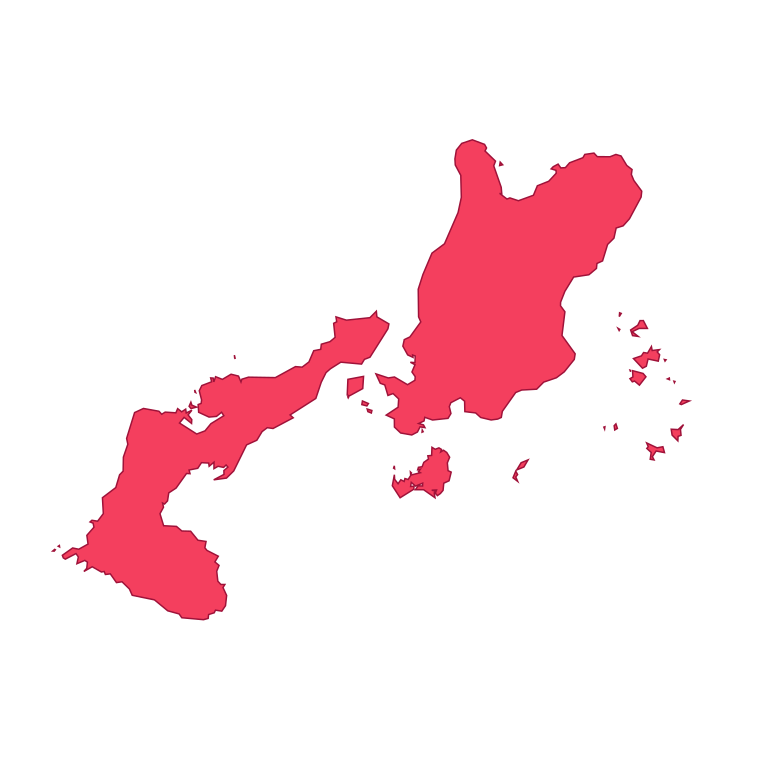 outline of Esa'ala District, Milne Bay, Papua New Guinea, rotated 98°
{"feature_id": "67681753B65258827036221", "entity_name": "Esa'ala District", "entity_type": "district", "adm_level": 2, "iso_a3": "PNG", "parent_name": "Papua New Guinea", "parent_adm1": "Milne Bay", "projection": "mercator", "projection_center": [150.879, -9.618], "detail": "fine", "context": "isolated", "style": "filled", "palette": "rose", "viewbox_px": 768, "rotation_deg": 98, "n_neighbors": 0, "source": "geoboundaries", "source_scale": "gbopen_adm2", "svg_char_len": 6181}
<svg xmlns="http://www.w3.org/2000/svg" viewBox="0 0 768 768"><g transform="rotate(98 384 384)"><path d="M163.1,155.4L157.2,155.6L147.7,164.9L142.1,168.2L137.1,168.2L133.8,174.0L125.2,181.0L124.4,186.3L127.5,191.8L129.2,204.4L126.1,208.2L128.7,217.1L132.2,218.5L139.1,231.0L144.5,234.5L145.4,239.0L142.0,242.2L145.3,246.7L147.7,248.4L148.5,243.4L151.3,242.8L160.3,249.1L166.3,259.7L176.3,262.3L183.8,276.4L182.2,285.2L183.7,288.0L179.1,296.1L179.4,293.8L172.9,295.3L152.7,305.7L147.8,304.6L139.2,316.4L136.0,315.3L132.7,317.8L129.9,330.5L134.9,340.5L142.3,344.9L151.2,345.1L157.2,343.9L166.7,337.0L188.4,333.4L203.9,334.5L236.7,343.6L247.7,354.7L270.2,360.7L285.4,363.3L312.7,359.1L317.4,356.2L333.8,364.9L337.2,370.1L343.9,370.6L351.9,364.6L353.6,359.0L351.3,359.7L351.9,357.0L358.5,356.3L358.8,360.9L360.6,356.0L368.2,358.0L372.4,354.1L376.0,353.9L381.4,360.6L375.6,374.6L377.4,380.6L375.1,393.4L383.8,387.8L384.8,383.1L394.8,378.5L392.2,373.7L396.7,367.4L405.0,366.8L414.5,377.5L417.1,368.9L425.2,367.7L430.2,360.7L430.6,349.4L426.9,344.2L421.4,342.3L421.5,337.4L419.0,339.2L418.3,344.2L415.0,339.2L411.3,339.0L412.9,330.9L409.1,315.8L403.9,313.6L397.3,316.2L393.2,315.2L387.0,306.5L389.8,301.8L400.1,300.1L399.9,289.2L403.7,283.6L404.7,272.9L402.9,266.5L400.8,263.2L394.6,263.0L374.1,252.4L370.8,246.8L367.9,232.1L359.9,226.1L353.8,214.1L346.9,207.2L333.2,199.0L327.5,198.9L311.2,214.5L287.3,214.9L282.0,220.1L278.4,220.5L267.1,217.8L251.7,211.1L247.3,196.3L240.0,189.7L235.0,189.9L231.7,184.7L214.7,182.0L207.6,176.6L197.2,175.8L194.1,169.2L186.2,163.9L163.1,155.4ZM323.8,387.5L318.5,400.4L313.0,401.7L320.3,407.2L326.0,430.1L324.2,440.9L329.0,439.5L330.9,442.3L344.6,438.9L349.6,443.4L353.3,451.6L358.5,451.5L360.8,458.2L372.6,461.4L378.7,467.4L379.1,474.1L392.8,492.5L396.1,519.2L399.0,525.4L401.9,525.9L396.4,529.2L395.6,536.8L401.9,544.7L400.2,551.8L405.6,552.8L401.9,554.0L402.1,556.5L405.8,555.0L410.9,564.2L416.4,566.0L425.2,562.4L428.7,562.4L430.2,565.2L437.8,563.6L441.1,552.7L439.4,545.4L434.6,540.9L437.7,538.2L447.4,549.9L455.3,554.7L459.6,562.5L451.1,581.1L444.9,577.3L449.8,569.1L446.0,569.4L441.9,573.7L436.7,570.6L440.2,575.8L436.5,576.9L439.7,580.5L437.1,584.9L441.5,586.1L442.3,596.8L444.9,599.9L442.3,603.1L441.7,618.8L447.0,627.0L473.7,631.3L479.3,629.3L492.7,631.9L506.6,630.2L510.7,633.2L523.9,635.2L535.8,647.0L551.4,643.9L559.7,648.5L559.6,654.3L561.5,655.9L562.3,652.7L566.2,651.3L575.2,657.2L583.7,654.8L590.1,663.3L589.7,669.5L598.4,678.7L600.8,677.4L601.8,675.2L594.8,665.4L597.8,662.6L604.7,663.1L600.3,655.7L601.7,652.9L607.9,652.7L611.4,655.1L605.6,647.5L609.5,637.7L608.6,635.0L611.4,633.4L610.1,628.6L617.9,621.3L616.3,615.9L622.4,607.6L628.3,603.9L629.7,581.3L638.7,566.6L640.2,554.9L643.6,551.7L642.5,529.9L640.6,525.5L636.7,525.6L634.2,520.3L631.4,519.4L631.5,513.0L625.6,510.1L615.3,510.4L608.0,515.1L604.7,513.7L605.2,517.7L602.4,521.1L592.7,523.6L586.6,522.1L583.7,526.7L577.6,524.1L573.4,536.2L571.1,538.6L564.7,538.3L564.6,546.5L556.7,555.0L557.7,563.7L553.9,569.7L555.0,582.5L543.6,587.8L536.7,585.2L532.7,586.7L533.4,584.6L529.9,582.1L521.8,582.0L516.0,575.4L500.1,567.1L499.8,563.6L496.3,565.1L493.4,556.7L487.3,553.8L486.7,546.6L489.8,545.7L485.1,541.5L491.5,540.6L488.6,536.9L488.9,531.2L486.2,529.1L488.0,527.0L492.0,530.5L495.8,529.9L502.6,539.3L499.1,526.9L491.0,520.7L463.4,511.6L457.4,502.1L448.1,498.1L443.5,493.5L443.5,487.7L430.1,469.2L427.7,472.7L407.8,449.5L391.0,446.4L380.8,443.0L376.3,439.1L368.4,429.8L367.4,409.0L362.3,406.8L359.4,401.6L328.8,387.8L323.8,387.5ZM470.8,306.1L461.9,305.2L460.9,308.5L453.3,310.3L447.4,308.8L443.1,312.3L441.3,315.8L443.4,318.4L440.8,317.9L439.6,320.7L441.5,324.2L440.0,327.7L448.1,326.9L449.0,330.6L452.1,329.5L456.1,333.7L460.6,334.7L461.7,338.3L464.3,338.7L463.4,336.2L466.0,337.6L466.8,335.7L470.4,344.6L475.2,346.8L474.7,350.1L477.7,350.5L476.5,354.0L480.8,356.2L476.9,360.2L472.4,361.1L483.6,361.6L494.4,352.2L484.0,339.8L481.0,340.1L481.8,343.4L477.6,343.3L480.7,338.6L476.8,331.9L479.6,331.6L480.1,336.0L484.3,338.2L483.2,330.0L489.5,317.7L484.9,319.1L482.9,317.8L482.5,322.0L481.6,317.2L485.0,317.9L487.1,315.6L484.6,312.9L481.1,310.7L473.9,311.0L470.8,306.1ZM323.2,115.6L316.7,115.1L314.2,117.9L311.6,116.0L313.5,123.1L309.7,124.4L316.8,127.3L316.7,131.3L320.3,133.0L324.1,140.5L332.4,130.2L329.9,126.7L322.5,126.0L323.2,115.6ZM391.5,404.4L379.3,405.3L384.4,420.4L400.0,418.9L400.5,416.5L391.5,404.4ZM347.3,138.4L346.2,136.3L349.6,130.9L340.4,125.6L337.5,128.9L336.2,139.7L342.4,138.5L344.5,141.2L347.3,138.4ZM418.6,108.1L412.5,105.2L412.9,96.7L407.3,99.1L409.2,104.7L405.8,115.7L409.3,113.6L411.2,114.8L414.6,109.9L421.5,109.9L421.6,106.0L418.6,108.1ZM387.7,84.1L382.5,81.7L388.2,86.4L388.8,93.3L394.5,91.6L399.4,85.1L394.9,85.5L393.5,82.7L387.7,84.1ZM293.5,139.2L292.3,130.9L285.1,136.0L285.6,139.3L290.5,140.9L296.2,147.3L301.5,144.6L301.5,138.9L297.7,145.5L293.5,139.2ZM450.6,240.6L446.7,233.9L439.1,230.8L442.9,237.3L450.6,240.6ZM458.9,243.2L461.8,238.1L457.7,240.6L455.1,239.1L452.0,241.4L458.9,243.2ZM435.2,571.7L433.0,566.4L431.7,571.3L428.9,572.7L433.2,573.9L435.2,571.7ZM407.5,403.1L408.1,397.9L405.5,396.7L403.8,403.0L407.5,403.1ZM362.5,88.3L363.0,86.7L358.3,79.2L358.3,86.2L362.5,88.3ZM397.4,149.1L395.5,146.7L391.2,148.8L393.3,150.3L397.4,149.1ZM411.1,397.2L413.6,396.1L414.5,392.5L411.9,392.3L411.1,397.2ZM151.6,299.9L150.4,297.0L148.1,299.8L151.6,299.9ZM280.7,160.6L284.5,160.4L281.1,158.9L280.7,160.6ZM376.2,536.2L379.1,535.5L379.8,534.8L376.2,536.2ZM463.6,362.4L466.0,362.8L466.5,361.7L463.6,362.4ZM296.3,160.0L298.3,158.6L297.1,158.1L296.3,160.0ZM396.1,160.3L397.8,159.3L395.6,159.3L396.1,160.3ZM339.5,104.0L340.0,101.9L338.4,102.3L339.5,104.0ZM320.7,109.8L322.2,108.9L320.8,108.1L320.7,109.8ZM595.5,688.8L595.4,687.3L593.9,686.4L593.6,687.1L595.5,688.8ZM467.4,345.6L469.7,345.1L468.3,344.4L467.4,345.6ZM416.2,570.7L418.5,570.0L418.7,569.3L416.2,570.7ZM424.3,339.7L426.4,339.6L425.8,338.6L424.3,339.7ZM336.1,142.3L337.6,141.5L336.2,141.8L336.1,142.3ZM590.0,684.0L590.5,682.6L589.1,683.0L590.0,684.0ZM401.2,418.4L402.7,417.5L401.9,417.2L401.2,418.4ZM340.9,97.3L342.2,96.6L341.0,96.2L340.9,97.3Z" fill="#f43f5e" stroke="#9f1239" stroke-width="1.5"/></g></svg>